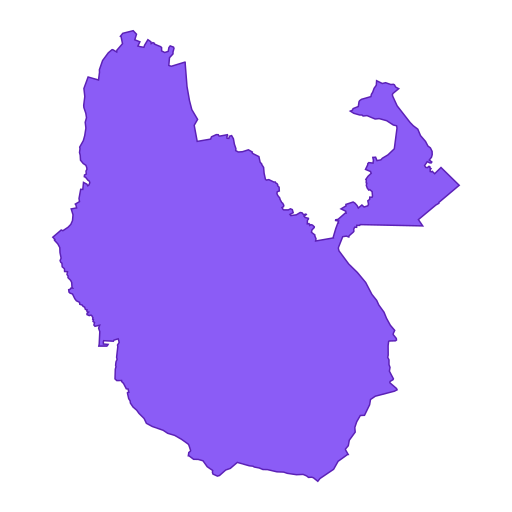 the district of Barnova, Iasi, Romania
{"feature_id": "2599482B29506640836686", "entity_name": "Barnova", "entity_type": "district", "adm_level": 2, "iso_a3": "ROU", "parent_name": "Romania", "parent_adm1": "Iasi", "projection": "natural_earth1", "projection_center": [27.626, 47.082], "detail": "fine", "context": "isolated", "style": "filled", "palette": "violet", "viewbox_px": 512, "rotation_deg": 0, "n_neighbors": 0, "source": "geoboundaries", "source_scale": "gbopen_adm2", "svg_char_len": 5959}
<svg xmlns="http://www.w3.org/2000/svg" viewBox="0 0 512 512"><path d="M376.6,80.7L376.3,85.2L374.1,88.3L372.7,92.2L371.4,94.3L370.9,96.6L361.5,99.3L359.6,100.7L359.0,101.8L358.3,106.5L353.1,108.6L352.5,110.1L350.3,111.1L353.8,113.3L359.7,115.0L361.9,115.0L363.1,116.0L367.0,115.6L375.1,119.0L379.2,118.6L386.7,120.7L393.3,125.0L396.6,125.8L397.0,128.1L394.3,148.8L387.9,154.9L382.4,158.2L380.8,159.9L377.0,160.6L375.6,157.2L372.8,157.4L373.4,160.3L373.0,163.1L368.8,162.6L367.8,163.6L367.7,164.8L365.5,169.4L370.5,171.5L371.2,173.3L368.0,176.3L365.8,179.4L366.3,179.9L366.2,182.8L366.8,183.2L366.3,185.4L367.3,188.2L368.8,190.1L369.8,189.7L372.1,191.6L372.5,196.1L372.0,197.3L369.8,197.1L369.6,199.4L367.8,200.8L368.5,204.2L367.8,205.8L364.1,207.0L361.9,205.0L358.3,208.0L357.1,205.6L354.9,203.1L353.1,202.0L345.9,204.4L346.0,205.9L341.0,208.9L345.7,211.2L346.1,213.1L345.2,213.1L338.1,219.3L335.7,219.8L335.6,220.5L338.6,221.0L338.2,221.8L338.4,222.9L337.9,222.9L335.8,228.5L333.2,237.3L333.4,237.9L315.6,241.0L316.0,238.7L314.8,235.9L314.9,235.0L311.5,232.3L311.9,230.0L314.2,227.6L314.3,226.8L312.5,225.1L310.8,224.6L309.8,225.4L309.0,223.6L307.3,223.8L307.4,220.4L308.5,218.9L308.4,218.3L305.2,217.5L304.1,216.2L306.3,214.5L305.9,214.1L303.6,214.7L302.0,212.8L300.2,212.5L296.4,214.8L290.8,215.6L289.9,214.4L293.2,212.7L292.3,209.6L290.5,208.8L288.3,209.9L283.8,209.9L283.0,209.4L282.0,207.5L283.5,206.7L283.8,205.3L282.7,203.2L281.8,202.6L280.1,199.5L279.7,197.9L277.7,195.4L276.9,193.4L277.3,191.7L279.3,191.0L279.1,187.2L277.6,185.7L277.7,184.7L277.0,183.6L275.9,183.1L275.3,182.0L273.8,182.0L268.8,179.6L266.4,180.1L265.4,179.2L264.1,173.2L263.6,167.4L261.7,164.5L261.8,164.1L260.1,162.1L258.9,156.6L253.1,153.7L252.1,152.8L252.3,152.0L248.4,149.8L242.5,151.7L238.3,152.0L235.7,150.6L235.9,148.6L234.4,144.2L233.4,138.7L231.6,135.6L229.6,136.2L228.8,138.4L227.1,138.3L226.8,136.7L227.6,135.6L227.4,134.7L219.7,136.1L218.8,135.8L218.3,134.7L216.3,134.6L211.5,136.8L210.6,139.1L197.2,141.4L194.2,125.3L197.6,119.4L191.8,109.6L189.5,100.7L187.0,86.5L185.2,63.7L185.2,62.1L185.6,61.9L171.2,66.3L168.8,65.4L169.5,57.7L173.0,53.9L173.0,52.0L174.0,48.3L173.5,47.1L170.2,45.9L168.9,47.6L168.2,51.4L164.7,52.5L161.6,50.9L161.6,47.6L160.7,46.7L154.4,44.1L154.4,43.3L152.9,42.6L151.2,43.6L150.9,41.8L147.9,39.7L144.6,45.2L143.9,47.3L140.3,46.7L137.9,46.0L139.9,41.8L134.8,39.8L136.5,34.2L133.2,30.7L122.8,33.3L120.4,36.3L121.1,36.7L122.5,43.7L116.9,50.2L116.7,52.0L112.8,49.7L112.0,49.7L108.3,52.8L102.6,60.5L99.4,69.7L99.5,72.3L98.5,80.0L88.1,77.0L83.9,88.5L84.8,96.5L83.7,105.3L83.9,107.6L85.8,113.2L86.5,117.7L85.2,122.3L85.9,128.1L84.7,135.7L83.3,140.7L79.7,147.1L80.0,148.7L79.5,152.5L80.2,155.1L80.5,160.2L83.2,163.5L85.9,165.3L86.8,167.8L86.9,169.4L86.0,171.1L86.3,174.0L84.5,175.0L84.3,176.7L85.6,177.3L88.0,180.3L89.2,181.0L89.8,182.4L89.6,183.4L88.6,185.4L87.7,185.8L86.9,184.2L83.5,182.4L82.8,189.4L80.7,189.3L79.0,198.5L79.5,201.6L75.3,204.1L75.9,204.9L76.6,207.9L71.2,208.9L73.0,214.8L72.5,220.6L70.8,224.4L68.1,227.2L62.9,230.7L61.2,230.0L52.8,237.2L54.9,239.4L54.4,240.0L54.7,240.5L57.8,243.9L59.8,247.6L60.0,252.6L61.1,258.1L60.1,260.6L60.7,262.2L61.9,263.2L62.2,266.8L64.4,268.7L64.6,271.5L67.5,271.7L67.0,274.6L68.1,276.0L68.0,277.7L70.6,280.3L71.7,282.5L72.0,287.4L72.6,288.1L70.9,288.1L70.2,289.2L68.7,289.7L69.0,292.1L70.0,293.1L72.5,294.0L74.8,298.7L76.4,300.8L79.5,302.3L79.8,304.3L82.1,305.0L83.2,306.5L84.6,307.1L85.4,309.4L87.1,309.9L86.8,310.6L87.1,311.7L88.6,312.1L87.0,313.6L87.0,314.6L89.2,315.6L91.0,315.1L91.8,315.7L92.9,317.7L92.7,319.3L93.4,319.6L93.0,321.4L94.5,322.5L93.9,325.0L95.0,326.3L99.7,325.2L98.6,328.2L99.8,331.6L99.2,344.1L98.8,346.1L106.8,346.1L107.4,345.6L108.1,344.4L103.4,344.0L103.3,341.9L103.7,340.7L113.4,341.2L114.0,340.1L118.2,338.8L119.2,342.4L117.5,345.0L117.8,346.7L116.6,357.3L117.1,359.3L116.0,361.9L115.6,365.4L116.0,366.7L115.3,369.1L115.0,378.9L116.8,380.6L121.6,380.5L121.7,381.6L123.5,383.4L126.3,388.8L128.1,389.0L128.8,392.3L127.5,392.6L127.5,393.3L128.7,398.7L130.1,400.8L130.4,403.1L133.1,407.1L136.6,410.1L139.0,413.4L144.1,418.5L146.4,423.3L152.3,426.5L163.2,430.3L167.7,433.3L174.7,435.4L181.5,439.3L188.2,444.1L188.9,445.2L190.6,450.4L190.4,451.2L188.8,452.5L188.3,455.8L189.1,455.9L193.6,459.3L198.2,459.4L203.0,460.8L207.2,466.7L212.7,470.5L212.4,472.3L213.0,474.1L217.4,476.1L219.5,475.5L225.7,470.0L230.3,468.4L237.3,462.4L249.3,465.8L253.0,466.2L254.2,467.0L259.3,468.0L262.9,469.5L267.5,469.6L276.8,471.8L283.7,472.1L287.2,473.3L296.5,474.7L303.1,474.4L306.6,475.9L308.5,477.4L311.7,477.2L313.3,477.7L317.8,481.3L320.0,478.5L333.6,469.3L338.1,461.3L347.4,454.6L348.2,454.5L345.5,449.8L345.5,449.0L348.3,445.7L349.3,440.2L355.2,432.1L354.8,427.5L356.7,421.8L360.3,415.5L364.5,415.3L369.6,404.8L370.5,399.5L375.3,396.2L394.4,391.2L397.1,389.8L396.5,388.5L389.9,382.8L389.8,382.1L390.3,381.3L393.0,379.7L393.4,378.8L389.4,371.2L390.0,367.4L389.0,364.6L389.0,359.9L387.7,357.3L388.2,355.1L388.1,345.9L388.6,341.6L389.2,341.0L395.5,340.8L396.5,340.0L396.3,338.4L393.2,334.6L393.3,333.4L394.7,330.4L390.3,325.2L386.5,318.3L384.0,312.2L378.8,305.0L376.7,300.4L371.9,294.4L365.7,282.5L357.3,272.4L348.8,264.1L339.0,250.9L338.4,248.6L338.5,247.3L342.7,236.7L346.3,236.1L348.8,237.0L349.1,235.8L353.5,231.9L353.9,231.2L353.7,229.3L354.6,227.2L356.6,227.3L356.8,225.3L359.7,225.4L360.2,224.6L422.7,225.9L418.4,219.6L435.9,205.0L438.9,203.3L438.9,202.4L459.2,185.3L441.0,167.5L434.7,173.7L432.2,171.3L431.5,171.8L430.2,171.5L430.2,169.6L431.0,168.6L429.7,167.7L430.0,167.0L429.0,166.3L427.4,167.6L425.7,167.4L424.6,165.6L427.2,161.7L429.8,162.9L431.2,162.9L431.8,162.0L429.3,160.0L431.5,157.2L432.2,154.6L432.1,151.4L430.4,147.9L427.9,146.0L425.5,141.4L420.5,135.6L417.8,129.2L413.2,125.7L410.1,122.5L397.1,105.8L392.6,96.0L392.4,94.6L392.9,93.5L398.7,88.7L395.7,87.1L394.4,84.8L393.4,84.3L390.8,84.5L385.6,82.7L382.3,83.5L376.6,80.7Z" fill="#8b5cf6" stroke="#5b21b6" stroke-width="1.5"/></svg>